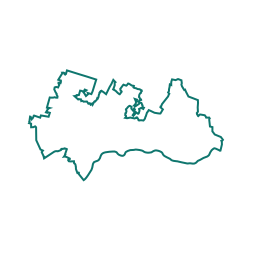 Salgales pag., Ozolnieku, Latvia, rotated 296°
{"feature_id": "27541924B82271336791843", "entity_name": "Salgales pag.", "entity_type": "district", "adm_level": 2, "iso_a3": "LVA", "parent_name": "Latvia", "parent_adm1": "Ozolnieku", "projection": "orthographic", "projection_center": [24.01, 56.604], "detail": "fine", "context": "isolated", "style": "outline", "palette": "teal", "viewbox_px": 256, "rotation_deg": 296, "n_neighbors": 0, "source": "geoboundaries", "source_scale": "gbopen_adm2", "svg_char_len": 5787}
<svg xmlns="http://www.w3.org/2000/svg" viewBox="0 0 256 256"><g transform="rotate(296 128 128)"><path d="M61.7,111.0L62.4,111.4L63.6,111.9L65.7,112.4L68.2,112.8L74.4,113.5L76.9,113.2L80.2,112.3L81.3,112.3L82.3,112.4L83.5,113.3L85.2,115.0L86.4,115.7L88.4,116.0L91.3,115.7L92.8,115.8L94.0,116.3L95.0,117.0L96.2,118.3L98.5,121.7L100.1,124.5L101.0,126.4L101.2,127.8L101.1,128.6L100.4,129.9L100.0,131.3L100.0,132.2L100.0,132.8L100.1,133.7L100.3,134.5L100.5,135.1L100.9,135.7L101.4,136.1L102.0,136.4L102.7,136.6L105.0,136.5L105.8,136.8L107.3,137.9L109.1,139.7L110.9,142.9L111.9,144.2L112.4,145.4L113.3,148.1L113.8,150.2L113.9,151.4L113.7,152.5L113.7,154.1L114.2,155.9L114.8,157.3L115.5,158.4L116.4,159.7L118.4,161.0L119.4,161.9L120.0,162.7L120.3,163.4L120.8,165.2L121.0,166.7L121.0,167.2L121.0,168.6L120.7,169.5L120.3,170.2L119.6,171.0L119.0,172.3L118.8,173.5L118.7,176.1L118.7,179.0L118.6,179.7L118.2,181.0L118.2,181.8L118.4,183.1L118.6,183.8L119.4,186.2L119.6,186.6L120.7,191.4L122.0,196.5L122.2,197.1L123.5,199.2L124.4,201.9L124.7,202.4L125.0,203.0L125.8,203.8L126.7,204.4L129.1,205.2L131.0,206.8L134.2,209.0L137.2,211.8L138.0,212.2L138.9,212.6L139.7,212.7L142.1,212.6L144.6,212.9L146.1,213.5L147.3,214.2L147.6,214.5L147.9,215.8L148.0,219.1L147.9,220.6L148.2,221.0L154.5,219.6L155.0,219.3L156.5,218.5L157.2,217.8L157.3,218.1L159.0,218.5L160.6,215.4L160.2,208.8L162.0,205.3L165.8,203.5L165.3,201.0L171.0,197.4L172.2,197.0L172.5,197.1L172.6,196.5L172.9,196.3L171.6,193.7L172.3,193.0L173.1,191.4L171.9,187.3L171.6,186.7L169.5,185.9L169.6,185.5L170.8,184.2L170.7,184.0L171.6,183.3L173.3,183.7L177.1,181.6L181.1,180.0L183.7,178.6L182.8,168.5L186.0,164.2L187.5,162.5L186.8,161.9L187.2,161.2L189.1,158.3L190.4,157.0L191.9,156.7L194.3,155.1L194.0,152.1L193.9,151.5L191.9,149.8L191.0,146.3L188.8,146.6L187.6,147.0L185.6,148.0L185.5,146.5L184.6,146.8L184.7,147.0L180.7,147.9L179.2,148.6L177.5,148.5L176.9,150.1L175.8,150.0L174.0,150.2L164.4,148.1L162.1,148.3L161.7,147.9L160.9,148.0L160.0,151.2L155.3,150.8L155.0,150.4L154.3,148.5L153.3,145.1L153.3,140.9L153.2,138.8L150.5,138.5L150.2,138.3L146.1,138.9L145.4,138.8L144.0,139.1L143.0,139.0L141.5,138.6L140.9,136.8L139.8,134.7L139.6,134.5L138.8,134.4L139.9,134.1L141.3,131.9L141.5,131.4L141.2,130.9L140.5,130.9L140.3,130.5L139.5,129.8L138.4,125.5L136.4,122.9L135.9,121.0L137.3,121.4L138.2,120.7L138.3,119.9L140.0,119.2L140.4,119.6L142.3,119.3L143.0,118.8L143.5,118.1L144.3,118.0L144.7,118.3L146.6,118.7L147.9,119.2L148.6,119.7L148.7,120.4L148.6,120.7L148.6,121.9L146.9,122.5L146.0,124.5L147.4,124.8L147.3,125.0L148.2,125.2L147.6,126.1L145.8,125.8L145.8,126.9L142.7,126.8L141.6,126.6L141.3,127.5L145.6,128.7L145.2,130.8L145.9,131.2L148.6,130.8L149.9,129.6L151.8,131.0L151.8,133.4L153.1,133.4L152.9,132.8L153.2,132.5L153.6,131.8L154.5,131.3L154.4,131.1L156.0,129.6L156.4,129.0L156.2,127.7L154.5,127.3L150.7,125.1L150.8,124.5L150.7,124.4L150.9,124.3L150.9,123.6L152.0,124.0L153.7,124.2L155.1,123.7L157.1,121.4L157.4,123.6L156.6,123.5L156.1,124.4L156.1,125.7L156.5,125.7L156.6,125.9L158.5,126.5L158.8,127.3L159.0,127.5L159.4,127.2L159.4,126.2L160.7,124.7L160.7,124.3L162.4,123.7L163.1,123.6L164.2,123.7L165.2,124.2L165.5,123.9L167.2,124.2L167.5,123.2L167.8,123.3L167.9,122.0L167.9,121.4L167.2,119.5L167.2,119.2L167.3,118.1L166.9,116.6L166.8,115.6L166.9,115.1L168.4,114.9L168.4,114.6L167.8,112.7L168.1,111.0L168.2,109.1L167.9,108.9L167.8,108.5L166.8,108.4L165.4,108.0L165.2,107.4L165.2,107.0L165.2,106.6L165.0,106.1L165.0,105.0L164.6,104.8L159.7,103.9L158.7,104.8L158.4,104.9L158.3,105.8L158.0,106.3L157.8,106.4L155.3,105.9L154.7,105.8L154.6,105.6L155.0,103.5L156.0,100.6L156.1,99.1L156.3,98.9L156.1,98.5L156.2,97.7L157.2,97.7L160.7,97.3L162.5,96.3L163.0,96.2L163.7,96.6L164.8,93.7L160.1,93.8L156.8,93.5L148.8,93.5L149.5,90.3L149.8,87.9L148.8,87.6L148.9,87.2L147.5,86.9L147.4,87.2L145.4,87.2L142.8,87.9L141.2,87.9L141.3,87.3L139.6,87.5L137.3,86.8L137.3,86.3L136.7,86.1L133.6,86.0L134.5,85.1L134.4,85.0L133.0,84.8L132.5,84.3L132.9,83.9L132.9,83.6L133.3,83.5L133.5,83.1L133.5,82.7L133.1,82.1L132.5,81.7L133.8,79.5L132.2,76.5L132.4,75.5L132.4,75.1L131.9,74.4L131.7,74.2L133.1,73.1L132.3,71.3L132.4,71.1L131.8,70.7L133.2,65.9L134.5,67.8L135.1,67.5L136.1,69.4L140.6,68.6L141.1,70.3L140.9,72.1L143.6,72.3L143.7,74.0L140.6,72.3L139.8,73.9L138.3,76.2L141.0,77.3L141.8,76.5L142.4,80.2L142.5,80.2L145.4,80.1L157.6,78.2L156.2,68.6L154.9,60.4L153.0,47.9L149.6,48.5L149.5,47.7L148.5,47.9L148.5,47.5L148.6,47.3L149.5,46.6L149.5,45.9L148.9,44.7L148.7,45.0L140.8,44.2L141.2,46.8L140.3,46.9L140.1,47.5L138.7,47.7L138.2,45.7L137.8,45.8L136.9,46.8L136.8,47.2L136.3,47.4L135.2,47.3L133.8,47.4L133.4,45.4L132.3,44.3L130.4,44.8L128.5,47.1L127.4,48.9L127.0,48.9L125.5,50.7L125.5,50.8L124.3,51.2L123.7,50.0L123.5,48.6L122.7,47.7L121.8,46.1L121.6,45.4L121.2,44.7L121.1,44.3L110.7,46.2L110.8,47.5L111.4,47.9L111.6,48.8L110.9,48.1L108.9,47.6L106.1,47.4L106.3,48.7L107.0,48.7L107.4,51.1L103.3,51.7L101.1,44.2L98.8,44.5L98.0,38.1L97.3,37.9L96.5,38.1L94.6,38.0L94.3,37.8L94.0,37.5L93.8,37.5L95.4,35.6L95.3,35.0L90.7,36.5L90.4,36.5L90.4,36.9L89.6,37.2L89.0,37.1L89.4,39.0L86.2,40.6L87.4,42.8L88.4,43.4L88.8,44.0L88.3,45.1L76.8,50.9L70.3,58.8L70.4,61.4L68.5,61.0L65.8,64.3L65.6,64.6L65.5,65.1L65.1,64.9L65.0,65.0L63.9,65.9L74.1,71.9L75.2,72.8L75.5,73.3L76.1,74.3L76.1,74.6L76.3,75.1L77.0,75.8L78.8,77.4L79.7,77.2L80.1,77.4L80.3,77.8L80.3,78.2L81.0,78.8L81.2,79.5L81.9,79.9L82.0,80.2L81.9,80.5L82.3,82.1L82.2,82.3L81.1,82.4L76.6,83.0L76.4,83.1L76.4,83.3L74.2,83.0L74.5,83.4L75.0,85.2L75.0,89.1L74.6,89.3L74.0,88.8L74.0,88.4L73.7,88.2L73.0,88.3L73.0,88.6L72.2,89.3L72.6,90.7L74.4,94.0L72.9,94.8L72.7,95.2L72.8,95.3L72.3,96.5L71.6,97.2L70.5,97.9L70.4,98.1L68.3,99.2L65.5,102.1L66.0,102.5L66.3,103.3L66.1,103.6L65.2,103.6L61.7,111.0Z" fill="none" stroke="#0f766e" stroke-width="2"/></g></svg>